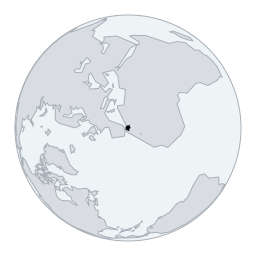 Taza - Al Hoceima - Taounate highlighted on a globe, orthographic projection, rotated 261°
{"feature_id": "MAR-1447", "entity_name": "Taza - Al Hoceima - Taounate", "entity_type": "Region", "adm_level": 1, "iso_a3": "MAR", "parent_name": "Morocco", "parent_adm1": "", "projection": "orthographic", "projection_center": [-4.152, 34.39], "detail": "medium", "context": "on_globe", "style": "filled", "palette": "ink", "viewbox_px": 256, "rotation_deg": 261, "n_neighbors": 0, "source": "natural_earth", "source_scale": "10m", "svg_char_len": 9914}
<svg xmlns="http://www.w3.org/2000/svg" viewBox="0 0 256 256"><g transform="rotate(261 128 128)"><circle cx="128" cy="128" r="113" fill="#eef3f6" stroke="#a8b0b8"/><path d="M38.0,195.7L31.1,183.8L28.8,179.2L24.4,170.7L18.8,152.1L19.0,148.1L18.4,144.3L20.5,140.3L20.8,131.9L20.3,129.4L19.2,130.8L18.3,121.2L19.1,113.8L22.5,89.0L24.2,84.5L26.4,79.9L38.4,60.0L28.1,76.0L30.7,71.2L34.9,64.7L35.0,64.4L41.2,56.4L45.0,51.9L53.8,43.4L63.3,37.2L60.6,39.3L63.2,37.8L66.8,35.2L68.5,33.9L82.4,27.5L95.0,22.1L97.0,20.7L98.1,21.0L100.7,18.9L106.3,17.5L101.1,19.0L101.5,19.2L105.9,18.0L107.2,17.9L110.1,17.4L111.3,17.6L108.2,18.8L109.0,19.0L112.0,18.2L115.2,18.1L110.6,19.2L115.6,19.2L111.3,21.9L98.0,25.9L96.8,28.5L86.1,36.0L88.2,35.8L85.5,39.0L86.9,40.0L84.5,41.4L87.8,41.1L89.7,39.7L91.7,39.2L92.7,39.8L89.9,41.5L88.9,41.5L88.6,42.3L86.8,43.0L88.3,43.0L84.7,45.2L89.7,44.0L88.1,46.6L85.3,47.8L83.7,46.4L73.2,46.7L69.9,48.1L66.8,51.1L65.0,59.2L62.1,61.4L59.6,65.4L62.0,64.6L64.9,61.3L68.8,61.1L71.8,57.4L73.8,56.9L77.7,53.9L79.1,55.8L78.4,59.5L75.3,62.2L74.9,63.9L79.5,62.8L75.3,69.5L75.2,77.1L73.9,78.9L68.4,79.4L64.2,75.5L57.1,77.3L63.7,77.8L60.3,82.7L60.6,84.3L62.0,85.1L64.0,84.0L63.3,86.2L56.4,86.2L57.0,84.2L59.2,84.1L57.2,82.5L52.6,83.0L51.2,85.7L45.6,84.6L44.6,86.6L42.8,87.6L44.8,84.4L41.1,90.3L34.3,91.6L29.0,102.1L32.0,91.6L31.7,88.4L30.9,85.7L30.0,87.3L30.2,82.2L28.1,82.1L24.1,88.7L21.4,96.2L21.5,100.8L23.1,98.7L24.0,101.2L20.1,108.1L21.2,115.0L19.3,121.3L19.2,126.5L20.5,128.3L21.7,132.8L23.6,130.7L26.3,131.7L25.2,137.3L27.6,133.9L28.4,138.4L34.4,144.1L33.7,144.9L38.5,156.4L45.6,164.3L47.3,169.5L46.2,171.4L49.1,173.8L49.2,175.4L62.2,184.2L70.1,191.1L70.7,196.4L65.8,200.1L65.4,210.0L57.7,209.0L58.4,212.3L57.2,214.5L52.1,210.7L56.4,214.7L55.9,214.6L54.7,213.5L48.7,208.0L43.1,202.0L38.0,195.7ZM27.3,105.2L28.7,116.2L26.4,113.3L27.1,113.1L27.0,109.5L26.4,104.8L24.8,102.8L27.3,105.2ZM31.3,102.4L31.0,101.0L31.5,102.0L31.3,102.4ZM69.1,33.4L66.7,35.2L63.0,37.7L64.8,36.1L69.1,33.4ZM76.4,29.3L75.7,29.9L72.9,31.1L74.2,30.3L76.4,29.3ZM98.2,19.8L96.0,20.6L97.7,19.9L98.2,19.8ZM110.3,17.4L110.5,17.2L111.9,17.1L110.3,17.4ZM76.7,53.0L77.2,53.4L76.2,53.8L76.7,53.0ZM77.9,51.4L76.4,51.5L76.7,50.8L77.6,50.7L77.9,51.4ZM115.1,17.2L117.3,17.2L114.5,17.4L115.1,17.2ZM79.6,51.5L77.5,49.5L78.2,48.2L82.2,47.0L79.6,51.5ZM118.2,17.3L123.7,17.4L124.6,16.9L125.1,18.5L120.3,17.7L116.7,18.0L118.6,17.6L118.2,17.3ZM89.8,39.0L87.8,40.6L88.6,38.8L89.8,39.0ZM89.8,38.1L89.1,33.9L92.5,32.1L92.1,33.8L95.8,31.2L97.8,32.4L96.2,34.1L93.6,34.9L96.4,34.8L89.8,38.1ZM124.5,19.4L125.3,19.8L123.9,19.7L124.5,19.4ZM92.6,38.9L92.1,38.1L95.1,36.5L96.5,37.8L95.1,37.8L92.6,38.9ZM95.7,30.1L98.2,29.2L100.5,29.9L101.8,29.7L98.2,32.3L95.7,30.1ZM95.0,38.5L97.2,38.5L96.7,39.8L93.2,39.5L95.0,38.5ZM95.3,35.6L96.7,34.9L96.4,35.7L95.3,35.6ZM96.4,45.0L95.7,43.9L97.2,42.9L96.4,45.0ZM98.1,38.4L98.2,37.9L98.7,37.5L100.1,37.8L98.1,38.4ZM100.1,32.7L100.5,33.2L101.7,31.6L103.5,32.2L100.7,33.9L102.6,33.4L103.2,33.6L100.3,34.8L100.1,32.7ZM103.0,36.7L100.1,39.3L100.9,41.5L99.6,42.3L98.6,38.8L103.0,36.7ZM101.7,35.5L102.2,36.4L100.3,36.9L98.8,36.6L101.7,35.5ZM105.7,32.1L103.6,30.7L104.3,30.4L105.7,32.1ZM103.6,37.2L104.3,36.6L103.9,37.3L103.6,37.2ZM105.4,33.5L104.6,33.0L105.4,32.7L105.4,33.5ZM106.3,35.8L105.4,36.6L104.3,36.4L106.3,35.8ZM106.2,34.7L107.5,34.3L104.5,35.8L105.7,34.5L106.2,34.7ZM106.3,33.3L106.5,32.9L106.6,33.5L106.3,33.3ZM110.9,36.4L107.4,38.4L105.0,37.8L108.8,35.9L110.9,36.4ZM150.1,17.5L149.0,17.5L138.2,16.8L143.0,16.9L143.2,17.3L145.6,17.6L148.9,17.9L148.5,17.7L160.1,21.0L170.4,24.3L166.7,22.5L167.0,22.4L170.6,23.7L177.8,26.9L184.7,30.7L191.4,34.9L197.7,39.5L197.0,39.0L201.9,43.0L202.5,43.5L208.3,49.0L213.8,55.0L218.8,61.3L223.3,68.0L227.4,75.0L230.9,82.3L234.0,89.8L233.7,89.0L235.1,93.5L233.8,90.0L231.4,86.3L232.8,92.8L235.8,108.4L238.2,117.8L238.4,124.2L233.8,115.4L230.1,107.7L229.5,110.6L223.9,107.3L217.2,114.9L215.4,113.3L214.3,116.0L210.2,116.3L207.1,113.4L205.0,115.4L213.2,122.7L215.3,120.6L215.8,114.7L217.8,118.0L221.6,118.6L220.6,131.4L209.2,149.5L206.6,142.9L190.3,128.0L189.9,125.5L189.8,125.2L189.5,124.8L189.5,129.2L186.2,126.0L196.5,137.7L198.9,143.4L209.1,150.1L208.5,151.7L211.3,152.4L218.5,144.1L218.9,146.5L216.4,160.3L205.1,181.7L205.7,189.8L203.5,197.6L194.6,206.0L193.5,210.7L188.7,214.3L187.2,217.0L182.2,221.1L174.6,225.6L163.7,228.8L164.5,226.9L161.2,223.8L157.4,213.3L161.6,206.6L161.3,201.9L153.2,191.8L155.1,184.7L152.6,182.1L147.6,183.6L144.5,180.4L141.3,180.7L120.5,184.2L113.3,179.5L102.6,164.2L105.8,158.3L104.8,150.9L125.2,125.3L131.2,126.4L149.1,120.8L151.7,121.3L151.4,127.5L166.4,131.6L169.0,125.8L180.7,126.1L187.4,123.2L186.5,111.4L175.6,115.9L171.9,111.3L179.1,103.2L188.4,99.6L187.2,97.8L179.8,95.9L180.4,91.2L177.1,95.0L179.6,96.3L177.6,98.8L175.2,97.8L175.5,96.1L172.3,96.3L171.7,104.9L174.2,107.2L166.7,111.3L170.1,115.6L168.6,118.6L162.4,112.5L161.8,109.6L151.4,103.8L151.3,107.1L161.1,112.9L158.8,112.9L158.7,117.8L156.9,114.1L146.2,107.3L138.4,110.6L131.2,123.5L126.0,124.9L120.5,123.0L120.5,110.9L131.9,109.1L132.0,105.2L127.4,100.2L131.3,100.2L130.8,98.1L134.9,97.3L138.4,91.4L142.2,90.2L141.4,83.7L143.3,82.3L143.2,86.4L145.2,88.9L154.5,86.3L155.6,84.5L154.3,80.6L157.0,80.5L154.6,77.1L158.9,74.1L151.7,75.0L150.0,70.9L151.4,67.0L149.5,65.9L147.3,72.4L147.6,74.9L149.9,76.7L149.5,84.2L146.8,86.1L142.3,79.2L138.0,81.3L136.4,75.5L143.4,60.9L147.4,57.4L158.6,59.3L159.0,62.2L155.1,62.7L160.7,65.7L159.3,63.7L161.5,63.9L160.5,60.3L162.0,60.3L158.4,57.1L160.2,56.7L162.4,58.7L162.4,53.5L165.5,51.9L164.8,50.8L163.1,50.1L168.1,48.8L167.3,48.1L165.4,48.2L162.6,46.9L159.6,44.2L161.5,43.9L162.8,44.8L168.5,46.5L171.8,49.3L172.3,48.9L169.9,46.5L163.0,44.3L160.6,42.8L163.9,43.4L162.5,43.1L162.0,42.3L163.2,41.2L159.6,40.5L150.8,32.9L152.3,30.5L156.1,31.6L152.0,27.0L154.0,25.3L152.2,25.3L149.0,23.5L148.3,24.0L147.2,23.9L138.7,20.2L138.2,19.4L132.5,18.4L131.5,18.5L131.6,19.0L125.1,18.5L124.6,16.9L126.7,16.8L124.9,16.2L130.0,16.0L133.4,15.8L140.1,16.4L142.2,16.4L141.2,16.3L143.4,16.4L143.5,16.4L150.1,17.5ZM120.2,138.7L120.1,141.0L120.2,138.7ZM199.6,101.4L204.1,98.6L199.5,93.3L200.8,91.9L198.8,90.7L199.1,93.0L193.6,89.6L194.6,86.2L192.7,83.8L191.1,84.6L190.2,91.3L198.0,96.1L198.1,99.6L199.6,101.4ZM34.6,144.2L35.2,146.0L34.2,145.1L34.6,144.2ZM25.3,115.1L25.9,116.6L26.0,118.1L25.4,117.4L25.3,115.1ZM32.9,125.9L34.0,127.8L32.5,126.8L32.9,125.9ZM29.1,117.7L31.9,124.6L29.0,123.3L27.3,119.1L28.9,120.6L29.1,117.7ZM29.4,105.0L29.7,106.3L29.0,107.0L29.4,105.0ZM31.8,103.2L31.5,102.9L31.7,101.7L31.8,103.2ZM60.7,82.6L61.2,82.7L62.3,84.0L61.1,84.1L60.7,82.6ZM71.2,85.7L69.7,89.1L69.9,86.6L68.0,87.4L65.9,83.3L73.1,79.6L70.2,81.9L71.2,85.7ZM65.2,77.3L65.7,80.0L64.9,77.2L65.2,77.3ZM124.2,88.0L126.3,89.2L125.8,91.7L120.9,94.1L121.6,90.2L124.2,88.0ZM129.4,90.2L126.3,83.2L129.2,81.7L128.1,83.7L130.3,83.4L129.1,86.6L134.9,92.3L134.9,95.1L126.0,97.4L128.9,95.0L126.6,93.9L129.4,90.2ZM113.3,70.4L112.0,68.0L119.9,67.8L120.2,70.1L115.4,72.3L112.2,71.0L113.3,70.4ZM87.1,50.1L86.1,49.7L86.9,49.1L88.4,49.0L87.1,50.1ZM95.9,44.5L92.4,51.4L91.1,51.3L90.6,55.9L86.9,57.3L87.3,54.2L84.1,58.9L83.0,56.7L81.2,60.0L82.5,53.0L81.4,51.4L84.1,52.6L87.5,51.3L88.7,50.2L91.1,46.2L90.4,42.5L93.7,40.8L96.2,40.7L96.9,41.3L94.6,42.1L97.2,42.4L94.3,44.1L95.9,44.5ZM123.9,43.5L120.9,43.5L125.6,45.7L122.7,46.9L123.5,47.0L122.1,48.8L121.7,51.3L120.2,51.6L120.7,52.5L119.8,53.8L120.0,55.1L117.2,56.2L117.3,58.0L115.9,57.5L116.7,60.4L114.9,58.8L113.6,60.5L116.0,61.1L100.7,64.9L95.7,68.2L92.5,72.0L89.8,69.1L91.1,63.8L94.6,58.2L99.9,55.7L97.7,55.0L99.6,53.6L100.5,54.7L100.2,52.2L102.0,51.4L105.1,47.3L103.5,44.4L104.6,43.0L106.1,43.7L106.2,41.8L109.8,42.2L110.6,41.2L115.0,40.9L117.4,43.1L118.2,41.8L121.6,41.7L123.9,43.5ZM112.1,36.4L115.6,38.4L115.8,40.2L108.1,40.2L106.8,41.0L101.8,41.3L101.7,38.8L103.2,38.9L104.5,38.5L104.0,39.4L105.4,38.3L107.4,38.5L109.1,37.7L109.8,38.6L112.1,36.4ZM153.5,118.5L155.3,118.4L157.8,117.5L157.8,120.8L153.5,118.5ZM146.1,114.0L147.6,113.3L148.9,117.2L147.0,117.4L146.1,114.0ZM147.3,109.8L147.6,113.0L146.3,111.4L147.3,109.8ZM144.5,85.7L145.9,84.8L146.4,85.7L146.2,87.3L144.5,85.7ZM137.3,51.0L135.6,50.5L135.7,50.0L133.1,47.6L135.0,46.7L137.4,47.8L137.3,51.0ZM185.2,114.1L184.0,117.0L182.7,116.4L183.4,115.5L185.2,114.1ZM170.7,119.4L174.6,119.7L170.7,120.3L170.7,119.4ZM139.0,49.6L137.7,48.7L139.4,48.9L139.0,49.6ZM136.3,45.9L138.2,45.8L134.9,46.3L136.3,45.9ZM216.6,187.9L207.7,203.3L204.1,205.7L204.9,202.8L209.1,194.4L213.7,189.4L216.4,184.5L216.6,187.9ZM238.4,118.4L239.6,122.1L239.5,124.4L238.4,118.4ZM153.5,42.3L155.1,46.4L157.4,49.2L160.7,50.2L156.7,50.7L153.1,46.4L153.5,42.3ZM150.9,34.0L148.0,33.4L148.8,32.7L149.6,32.7L150.9,34.0ZM149.5,34.3L146.8,35.4L144.9,34.4L147.4,33.7L149.5,34.3ZM143.0,42.1L143.3,43.3L141.9,43.1L143.0,42.1ZM168.2,22.8L165.8,22.0L163.9,21.4L165.4,21.7L168.2,22.8ZM126.2,19.5L125.4,19.7L125.3,19.4L126.2,19.5ZM146.9,24.2L145.4,24.0L145.4,23.5L146.9,24.2ZM141.2,23.3L142.3,24.0L140.3,23.4L141.2,23.3ZM145.0,25.7L142.4,24.4L146.0,25.5L145.0,25.7Z" fill="#d9dde1" stroke="#a8b0b8" stroke-width="1"/><path d="M127.4,126.4L127.6,126.5L127.8,126.4L128.0,126.4L128.3,126.3L128.5,126.4L128.5,126.5L128.5,126.9L128.6,127.0L128.9,127.1L128.9,127.4L128.8,127.5L129.0,127.6L129.3,127.4L129.4,127.2L129.5,127.2L129.9,127.4L129.9,127.5L129.8,127.8L129.7,127.8L129.6,128.0L129.7,128.3L129.8,128.5L129.7,128.6L129.5,128.8L129.7,129.2L129.3,129.1L129.2,129.0L129.1,128.9L129.0,129.0L128.9,129.0L128.8,129.3L128.7,129.3L128.6,129.5L128.4,129.6L128.2,129.7L128.1,129.4L128.0,129.1L127.9,129.0L127.9,128.9L127.8,129.0L127.7,129.0L127.4,128.9L127.3,128.7L127.2,128.7L127.0,128.4L126.9,128.4L126.8,128.2L126.7,128.2L126.4,128.2L126.2,128.2L125.9,128.2L126.1,127.9L126.2,127.7L126.3,127.7L126.3,127.4L126.4,127.2L126.6,127.2L126.8,127.1L127.0,127.1L127.2,126.9L127.3,126.9L127.5,126.7L127.4,126.5L127.4,126.4Z" fill="#0f172a" stroke="#020617" stroke-width="1.5"/></g></svg>